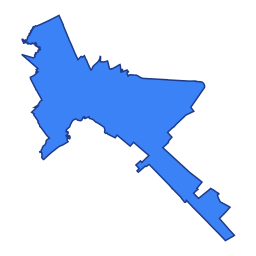 Titu, Dâmbovita, Romania (orthographic projection)
{"feature_id": "2599482B39666992432313", "entity_name": "Titu", "entity_type": "district", "adm_level": 2, "iso_a3": "ROU", "parent_name": "Romania", "parent_adm1": "Dâmbovita", "projection": "orthographic", "projection_center": [25.555, 44.638], "detail": "fine", "context": "isolated", "style": "filled", "palette": "blue", "viewbox_px": 256, "rotation_deg": 0, "n_neighbors": 0, "source": "geoboundaries", "source_scale": "gbopen_adm2", "svg_char_len": 5431}
<svg xmlns="http://www.w3.org/2000/svg" viewBox="0 0 256 256"><path d="M225.4,240.6L233.0,236.3L234.2,235.5L234.4,235.3L229.1,229.6L227.0,227.1L219.4,218.5L226.0,211.8L230.0,207.2L228.2,206.1L220.2,201.8L218.2,197.7L217.4,194.9L217.9,194.1L218.6,194.3L218.9,193.9L218.8,193.5L216.4,192.1L214.0,190.3L210.6,188.4L210.1,189.0L205.6,192.7L198.5,198.4L195.6,195.4L193.6,193.1L198.0,189.3L196.8,188.3L198.0,187.0L202.0,182.1L197.9,178.8L189.6,172.3L162.8,147.7L168.4,142.5L168.5,141.9L168.4,141.5L168.6,141.0L171.9,137.2L167.6,132.4L171.6,128.6L173.5,127.0L173.8,127.0L176.5,124.0L185.7,115.3L186.2,114.9L187.7,114.2L193.8,111.3L190.8,107.3L204.5,87.5L204.6,86.6L204.5,85.3L203.9,84.0L203.4,83.2L202.5,82.4L201.0,81.8L195.6,81.4L195.6,81.0L189.4,81.1L167.7,79.9L167.5,79.7L166.8,79.7L143.1,78.4L142.4,78.3L139.5,77.0L139.4,76.8L136.8,75.3L130.9,74.8L129.3,75.0L128.1,76.1L127.8,75.3L127.7,74.6L127.2,74.1L127.0,73.6L127.0,73.1L127.4,72.5L128.1,72.2L128.4,71.6L127.8,71.0L127.4,71.2L127.0,70.0L123.0,71.6L121.1,72.2L120.9,71.6L122.8,70.9L122.6,70.7L122.5,69.6L120.8,70.2L120.7,68.8L120.8,68.7L120.7,68.6L120.6,68.3L120.3,65.3L120.0,64.5L119.0,65.0L115.2,67.2L111.5,69.1L111.4,68.8L110.9,69.1L109.6,68.9L109.2,67.6L107.9,62.1L107.5,61.0L104.0,61.9L100.4,61.8L100.6,56.7L100.2,56.5L100.0,57.8L99.5,59.3L98.5,61.1L97.2,62.6L93.5,65.9L92.6,67.2L92.1,68.5L91.4,69.7L90.6,70.5L90.7,70.2L90.5,69.6L89.7,67.5L89.2,66.8L89.1,66.3L87.5,62.7L86.5,60.1L86.3,60.0L85.5,58.6L84.8,56.6L84.4,55.7L82.3,57.2L81.5,56.4L81.1,56.3L81.2,56.2L78.0,59.7L75.0,53.4L71.2,44.3L68.9,39.4L68.4,37.7L67.7,36.5L67.4,35.5L66.8,34.1L63.4,25.9L63.4,25.4L63.0,24.3L59.0,15.4L49.6,20.2L39.9,24.7L36.5,26.1L35.9,25.9L35.4,25.9L35.2,26.1L34.7,26.5L34.2,27.1L33.4,26.7L32.8,27.6L32.6,28.3L32.8,28.5L32.8,29.3L31.8,29.4L31.6,30.0L31.8,30.2L31.8,30.5L31.7,30.8L30.7,30.9L30.8,31.5L31.2,31.9L31.2,32.1L30.5,32.3L30.2,32.6L30.3,33.3L29.9,33.4L29.7,33.6L29.4,33.6L29.2,33.7L29.3,34.4L29.9,34.3L29.8,34.9L29.7,35.1L29.3,35.2L29.0,35.5L28.8,35.4L28.5,35.6L28.1,36.5L27.9,36.8L28.0,37.3L27.3,38.1L27.4,39.1L27.0,39.6L26.9,39.9L26.6,40.3L26.2,40.4L25.9,40.0L25.4,39.9L25.1,40.5L24.6,40.4L24.0,40.5L23.3,40.1L23.1,39.5L22.5,39.2L22.1,39.4L22.2,40.1L22.9,40.6L22.8,41.3L23.3,41.6L24.1,41.5L24.2,42.4L24.0,42.6L23.7,42.5L23.4,42.7L23.4,43.0L23.5,43.1L23.8,43.2L24.2,42.9L25.1,42.8L25.2,42.3L25.7,41.8L25.9,41.8L26.1,42.3L26.9,42.2L26.9,42.5L27.1,42.6L27.2,43.0L27.2,43.6L27.5,43.8L28.1,43.9L28.3,43.7L28.6,43.3L28.9,43.5L29.0,43.8L29.8,43.7L30.8,44.2L31.0,44.2L31.4,43.7L31.6,43.3L32.4,43.0L32.6,43.1L32.7,43.5L33.2,43.4L33.5,43.8L34.1,44.0L34.3,43.9L34.4,43.7L34.6,43.7L35.3,42.7L35.5,42.7L36.2,43.1L36.4,44.6L35.7,45.0L35.5,44.9L35.3,45.0L35.2,45.5L35.9,46.0L36.3,46.1L36.6,45.8L36.8,45.9L37.3,46.7L37.9,46.4L38.0,46.7L38.5,47.2L38.5,47.4L38.4,47.6L38.7,47.9L39.2,47.5L39.4,47.0L39.7,47.0L39.9,47.1L40.0,47.7L39.5,48.2L39.4,48.4L39.2,48.6L39.5,49.1L40.3,49.2L40.4,49.3L40.3,49.7L39.6,50.0L39.1,50.0L38.6,50.2L38.4,50.0L38.2,50.1L38.0,50.5L38.3,51.1L38.2,51.8L37.2,52.2L36.6,52.8L35.6,52.8L35.5,53.3L35.9,53.6L35.9,53.8L35.6,54.5L34.8,54.7L34.7,54.9L34.7,56.0L35.0,56.4L35.0,56.7L33.3,57.9L21.6,54.5L22.1,54.8L27.0,59.1L28.3,60.0L28.1,60.0L37.9,68.6L36.3,69.7L36.6,69.9L36.8,70.2L37.0,70.9L36.3,71.3L35.9,72.2L36.3,72.5L37.5,71.7L37.8,71.7L38.0,71.9L33.9,75.5L30.3,77.3L30.5,77.8L30.6,78.9L35.9,89.2L35.9,89.3L35.8,89.5L36.9,90.9L40.8,97.9L41.9,100.2L41.4,100.4L40.0,101.6L38.1,104.8L37.5,105.5L38.3,105.8L37.8,106.3L36.8,105.9L34.6,107.3L36.7,107.3L31.6,112.3L34.1,113.9L33.7,114.8L38.2,121.2L37.9,121.9L38.0,122.4L38.2,122.8L38.7,123.5L39.6,125.0L39.8,126.4L41.2,127.8L47.0,135.7L49.5,138.1L48.5,138.6L46.4,140.3L46.1,141.0L45.9,143.0L45.2,144.4L44.8,144.9L43.2,146.1L42.3,147.7L41.9,149.4L41.4,149.8L41.2,150.3L41.2,151.1L41.1,151.3L39.8,151.7L40.0,152.4L41.1,152.3L41.4,152.4L41.9,152.9L41.8,154.0L42.1,155.2L41.7,156.9L41.8,157.5L42.0,158.0L42.6,158.5L43.3,159.5L43.6,159.5L44.5,158.8L47.3,156.1L51.4,152.5L58.6,146.8L60.3,145.9L62.7,145.0L68.0,141.8L68.1,141.7L67.3,140.6L67.1,139.9L67.0,138.8L67.2,138.4L67.6,138.2L69.4,138.8L69.6,138.8L69.9,138.3L70.1,137.1L69.8,136.2L69.2,135.6L68.9,135.8L68.7,136.7L68.1,137.1L67.6,137.2L67.1,136.9L67.9,136.4L68.0,136.2L67.6,135.8L66.4,136.2L66.2,136.0L66.1,135.5L66.2,135.2L66.7,135.0L67.2,135.1L67.6,135.0L67.6,134.1L68.2,133.0L68.2,132.6L68.0,131.9L67.7,131.7L66.4,132.0L66.0,131.7L65.9,131.5L65.9,131.2L66.5,130.6L66.5,129.6L69.6,126.9L70.0,125.7L71.4,122.7L72.0,121.6L72.9,120.5L74.5,119.3L75.7,119.0L76.2,119.1L76.7,119.4L77.5,120.1L80.0,120.7L80.7,120.7L81.3,120.4L82.0,119.8L82.3,118.7L82.9,118.4L83.0,118.1L83.1,117.4L83.2,117.1L83.5,116.9L84.5,116.8L84.8,117.2L84.6,118.3L84.7,118.5L85.1,118.5L89.0,116.8L89.2,118.0L89.5,118.4L92.2,119.2L93.5,119.9L95.5,121.9L98.3,123.3L104.0,127.1L104.8,129.4L104.9,130.1L104.9,130.6L104.6,131.3L104.6,132.1L104.9,132.7L105.3,133.1L105.9,133.4L106.9,133.1L107.2,133.2L107.8,134.1L115.2,137.8L117.0,135.1L130.2,146.1L133.6,142.3L148.9,155.5L141.8,162.4L140.5,160.9L135.9,165.0L139.1,168.5L137.0,170.8L138.3,172.2L145.2,166.2L146.0,166.5L146.6,166.3L148.9,164.5L149.8,165.1L169.1,184.9L170.8,186.9L172.2,188.2L172.1,188.5L172.3,188.5L181.1,197.5L181.4,198.3L183.5,200.7L183.6,201.0L184.3,201.8L184.9,202.3L185.5,202.3L186.0,201.8L186.1,200.9L186.4,200.3L194.2,208.6L195.2,209.5L207.7,222.2L209.9,224.6L218.7,233.5L224.3,239.4L225.4,240.6Z" fill="#3b82f6" stroke="#1e3a8a" stroke-width="1.5"/></svg>